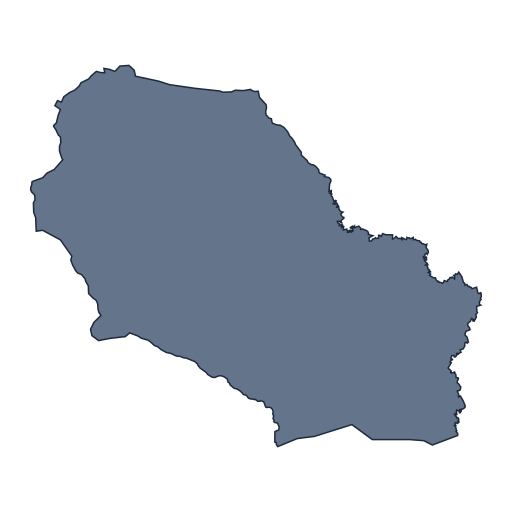 Ga South Municipal, Greater Accra, Ghana (orthographic projection)
{"feature_id": "2480657B41485746076017", "entity_name": "Ga South Municipal", "entity_type": "district", "adm_level": 2, "iso_a3": "GHA", "parent_name": "Ghana", "parent_adm1": "Greater Accra", "projection": "orthographic", "projection_center": [-0.406, 5.677], "detail": "fine", "context": "isolated", "style": "filled", "palette": "slate", "viewbox_px": 512, "rotation_deg": 0, "n_neighbors": 0, "source": "geoboundaries", "source_scale": "gbopen_adm2", "svg_char_len": 6039}
<svg xmlns="http://www.w3.org/2000/svg" viewBox="0 0 512 512"><path d="M277.7,446.6L297.2,438.6L314.4,436.4L351.9,424.6L372.3,439.6L409.9,439.6L423.8,440.7L432.4,445.0L457.6,435.5L457.8,433.6L456.0,431.6L456.8,430.8L456.3,430.2L455.7,426.9L454.6,425.7L455.8,425.5L454.9,423.6L455.2,422.8L456.0,422.6L457.3,423.5L458.9,422.3L459.0,421.8L457.7,421.0L458.8,420.0L458.6,418.6L458.2,417.9L456.7,417.9L456.5,416.7L455.5,416.1L454.4,414.1L455.1,413.7L456.2,414.9L456.9,414.4L456.3,412.0L456.7,410.1L458.0,410.9L459.0,410.7L459.4,412.8L460.1,412.8L461.3,411.0L461.1,410.3L459.4,410.3L459.6,409.5L462.7,409.1L464.1,408.2L465.1,407.1L465.2,405.8L463.4,401.3L460.5,396.1L459.9,395.9L458.8,397.1L458.5,396.8L458.6,393.9L457.6,392.3L457.4,390.8L458.6,390.8L460.1,390.0L460.8,387.1L458.8,384.1L457.3,382.9L457.3,381.1L458.5,378.8L458.0,377.7L456.1,377.7L455.8,374.4L454.4,373.2L454.9,372.4L454.6,372.0L452.5,372.8L450.8,372.9L450.5,372.3L451.3,371.2L448.1,368.0L451.3,362.7L449.9,361.9L451.2,360.2L452.5,359.7L452.1,359.0L450.9,359.2L450.8,358.9L451.7,355.6L453.9,355.5L454.3,357.0L455.6,356.8L456.6,355.3L456.6,353.5L457.5,353.4L457.7,354.4L458.1,354.3L459.5,352.9L461.0,352.4L460.3,349.8L463.3,348.8L464.9,345.7L464.6,344.0L465.1,342.7L466.1,342.1L467.2,343.2L468.4,342.0L467.1,337.2L465.1,335.0L465.0,333.8L466.0,331.3L470.1,329.7L469.4,327.7L467.6,325.2L468.1,323.0L470.5,321.2L471.5,318.5L473.5,319.5L472.8,320.2L472.9,320.9L474.1,321.2L476.4,317.1L475.7,314.7L477.4,312.6L476.9,311.7L476.6,306.4L480.7,305.1L479.5,304.5L479.4,303.1L479.9,300.8L481.1,299.4L480.4,298.2L481.3,296.7L481.1,293.1L480.3,292.7L479.9,293.3L478.5,293.5L477.8,292.7L476.6,287.2L472.1,288.7L471.1,287.4L470.1,287.3L469.6,286.5L468.3,286.5L466.9,284.5L465.0,285.3L464.6,283.2L463.4,282.4L461.9,276.8L458.8,272.1L457.2,274.4L455.7,273.8L455.0,275.0L453.7,275.4L454.8,277.0L454.5,278.9L452.1,277.0L451.3,277.8L450.0,277.5L449.3,279.0L448.0,279.7L447.3,281.5L444.2,280.6L443.8,281.9L442.6,283.3L441.0,282.5L439.5,282.5L438.6,281.3L438.0,281.8L436.0,279.8L435.8,278.4L435.2,277.7L433.6,277.9L429.6,275.4L430.6,274.1L428.4,272.5L430.6,271.9L430.4,271.4L429.1,271.2L429.4,269.9L428.0,269.1L428.0,267.9L427.1,266.6L427.8,265.0L425.7,264.9L427.1,264.0L427.3,263.3L426.0,262.6L424.3,260.0L424.2,259.5L424.9,259.5L426.5,260.0L426.5,257.3L425.8,256.8L424.2,258.2L423.2,257.1L424.8,255.4L425.2,253.9L426.5,253.3L427.3,254.4L428.4,252.1L427.9,250.0L426.1,247.8L426.8,244.2L425.1,244.9L423.7,243.9L421.6,243.5L421.3,242.5L420.2,242.2L419.6,240.8L416.5,240.4L415.6,239.3L413.4,239.7L413.2,237.4L411.5,238.4L409.9,238.6L409.3,237.8L407.8,237.9L406.9,237.4L406.6,239.2L406.0,239.6L402.0,237.7L402.5,239.3L402.2,239.8L400.4,238.3L398.2,238.6L396.1,236.4L394.5,238.1L392.5,239.0L392.6,234.9L385.7,234.7L382.6,233.6L381.4,236.4L380.0,235.4L378.6,235.2L378.6,238.1L376.4,238.5L375.4,237.7L374.6,238.7L372.5,239.1L371.7,240.8L369.7,241.2L369.3,241.0L369.0,237.8L372.9,235.7L368.2,234.4L368.6,233.4L368.2,232.2L366.9,230.8L362.8,229.0L361.1,229.6L360.6,229.3L360.8,228.3L358.8,226.1L354.5,227.7L354.5,226.0L353.6,226.9L352.7,226.1L350.8,227.2L350.3,227.8L351.0,228.3L352.1,227.5L352.7,227.8L352.6,229.9L353.1,230.9L351.3,232.1L350.8,231.5L351.7,230.9L351.1,230.2L349.2,230.4L349.0,232.3L347.5,232.3L347.9,231.0L347.0,230.6L346.8,229.1L343.2,229.9L343.7,226.7L342.5,226.7L341.4,227.6L341.3,227.1L341.4,226.3L342.7,225.2L341.7,224.5L339.3,225.6L339.5,223.9L338.4,223.5L337.4,221.9L337.4,221.3L339.7,221.4L340.5,222.5L341.7,222.7L341.0,221.6L341.2,220.4L343.9,218.2L343.9,217.4L342.4,217.0L340.6,214.1L342.9,212.1L341.2,211.8L340.1,210.8L339.2,209.6L338.7,207.7L336.6,207.1L336.9,206.3L338.5,206.3L336.7,203.0L336.3,202.8L335.6,204.2L333.2,203.8L336.1,201.1L336.1,200.6L335.6,200.4L334.0,201.5L332.2,196.7L331.0,195.5L331.8,194.1L329.8,193.2L331.2,192.7L331.3,190.7L329.9,191.6L328.9,191.5L329.6,190.3L329.1,189.9L329.6,184.3L330.9,181.0L330.8,179.5L328.8,177.5L324.9,176.8L324.4,176.4L325.1,175.2L319.6,173.1L318.9,172.0L318.7,169.7L315.6,166.3L313.5,164.9L311.7,164.8L308.2,162.8L307.1,160.5L301.4,155.2L301.2,152.1L295.5,144.6L294.6,142.1L291.5,137.6L290.0,136.5L287.7,131.8L283.9,127.4L279.9,125.1L277.6,125.1L272.8,123.4L272.0,122.3L271.4,118.7L269.0,118.1L266.1,114.8L265.6,111.7L266.5,107.9L266.2,104.8L259.5,97.4L258.2,91.2L254.2,91.5L251.0,90.0L250.7,89.4L243.3,90.6L235.3,90.2L231.5,91.9L222.8,92.2L219.9,91.0L194.9,88.3L169.4,84.6L158.4,81.1L135.5,76.2L134.2,70.2L128.9,65.4L119.9,66.1L114.9,71.4L109.7,69.4L103.9,68.4L104.8,72.7L100.9,72.6L96.4,71.4L91.4,75.6L88.6,79.0L81.1,82.7L79.0,86.2L74.8,90.1L69.6,92.5L63.9,96.6L61.4,102.1L57.5,100.6L54.9,105.7L60.4,109.4L58.2,115.2L56.3,123.0L53.6,125.5L53.7,126.6L55.7,129.4L58.4,135.2L60.1,136.6L60.5,137.7L60.8,142.5L59.5,146.3L59.5,151.1L61.9,158.4L62.8,159.7L54.2,169.5L46.9,173.1L42.8,177.7L32.3,181.5L31.9,182.4L31.8,184.5L30.7,187.8L30.7,189.9L31.7,192.1L34.3,194.6L34.9,196.5L34.9,200.1L33.4,202.8L33.7,212.3L35.7,217.8L36.2,231.2L42.6,230.3L60.4,239.9L71.8,256.1L70.8,260.0L72.6,265.0L75.6,270.5L77.6,273.0L81.5,274.5L85.1,278.9L85.7,281.3L88.3,285.9L88.6,293.5L93.4,298.5L95.6,299.7L96.8,301.6L97.7,304.0L98.1,309.5L98.8,312.2L100.9,315.5L93.8,322.5L90.5,329.4L91.9,335.6L98.6,340.6L109.9,338.4L125.3,336.6L129.7,332.9L137.7,335.9L141.3,338.2L148.0,340.2L150.2,341.6L154.4,345.5L157.8,346.8L161.1,349.6L166.4,352.5L171.1,353.5L176.4,356.1L179.5,356.2L184.3,358.0L185.7,357.9L194.7,361.5L197.6,364.1L198.0,365.4L200.3,368.3L206.1,372.3L207.7,374.5L212.1,377.2L214.6,377.5L219.0,375.8L221.4,375.8L224.2,376.8L227.4,379.2L228.1,382.2L229.2,382.7L230.2,385.0L234.1,388.3L236.5,388.8L239.4,390.4L242.5,393.2L243.1,394.3L246.4,395.4L248.5,398.2L250.7,399.0L254.4,399.2L254.7,399.7L255.5,399.4L257.7,401.3L260.1,401.2L260.9,400.6L263.8,401.9L265.7,407.1L266.6,407.5L269.3,407.2L271.3,408.1L272.5,409.6L273.2,412.0L272.7,413.9L273.7,415.9L273.0,418.5L274.1,420.2L273.9,421.7L274.8,422.5L277.5,423.1L279.2,427.1L278.6,430.0L274.9,431.6L274.8,442.1L276.3,442.6L276.3,444.5L277.7,446.6Z" fill="#64748b" stroke="#1e293b" stroke-width="1.5"/></svg>